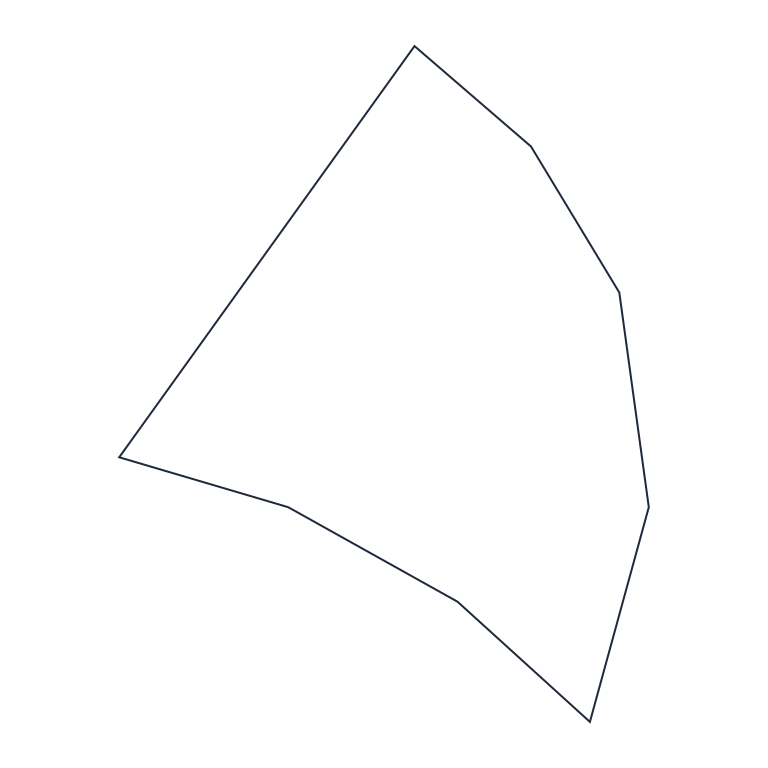 Saint Mark, Natural Earth projection
{"feature_id": "GRD-5074", "entity_name": "Saint Mark", "entity_type": "Parish", "adm_level": 1, "iso_a3": "GRD", "parent_name": "Grenada", "parent_adm1": "", "projection": "natural_earth1", "projection_center": [-61.681, 12.191], "detail": "fine", "context": "isolated", "style": "outline", "palette": "slate", "viewbox_px": 768, "rotation_deg": 0, "n_neighbors": 0, "source": "natural_earth", "source_scale": "10m", "svg_char_len": 234}
<svg xmlns="http://www.w3.org/2000/svg" viewBox="0 0 768 768"><path d="M119.2,457.3L414.5,46.1L531.0,146.5L619.3,292.5L648.8,507.2L589.9,721.9L457.5,601.7L288.2,507.2L119.2,457.3Z" fill="none" stroke="#1e293b" stroke-width="2"/></svg>